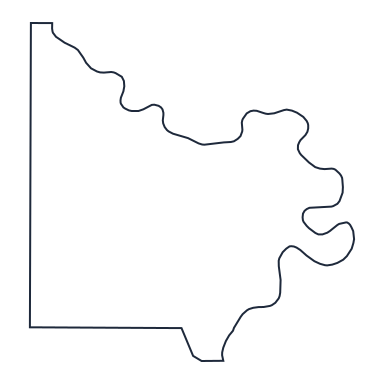 the district of Doniphan, Kansas, United States of America
{"feature_id": "52423323B86615005199408", "entity_name": "Doniphan", "entity_type": "district", "adm_level": 2, "iso_a3": "USA", "parent_name": "United States of America", "parent_adm1": "Kansas", "projection": "albers", "projection_center": [-95.019, 39.808], "detail": "fine", "context": "isolated", "style": "outline", "palette": "slate", "viewbox_px": 384, "rotation_deg": 0, "n_neighbors": 0, "source": "geoboundaries", "source_scale": "gbopen_adm2", "svg_char_len": 2238}
<svg xmlns="http://www.w3.org/2000/svg" viewBox="0 0 384 384"><path d="M263.7,113.1L256.7,110.8L253.6,110.6L250.4,111.2L246.7,113.4L242.9,118.8L242.3,120.2L241.8,122.7L242.4,129.7L242.2,131.5L240.5,136.1L237.7,138.9L233.9,141.3L230.9,142.0L223.9,142.4L204.4,144.7L202.1,144.5L198.6,143.4L188.0,138.1L173.0,133.7L168.6,131.4L167.0,130.1L164.7,127.1L163.2,123.4L162.8,120.4L163.4,115.1L163.4,112.8L162.5,109.4L161.0,107.4L158.6,105.8L154.3,104.7L151.8,104.9L143.4,109.3L138.5,111.0L131.7,111.0L128.9,110.4L125.2,108.6L123.4,107.4L120.9,103.7L120.6,102.6L120.5,100.4L120.9,97.7L123.4,91.3L124.3,86.3L123.9,81.0L121.8,76.8L115.6,73.1L113.7,72.4L111.2,72.0L103.9,72.6L100.1,72.4L97.0,71.5L91.0,68.3L86.1,62.8L83.3,57.7L77.9,50.0L74.6,47.6L64.6,42.7L56.0,36.8L52.9,32.7L52.5,31.3L52.1,28.6L52.2,23.1L30.9,23.0L29.9,327.3L181.5,328.1L193.1,355.9L201.6,361.0L223.3,360.8L222.1,355.2L222.2,352.3L223.3,347.6L225.9,341.0L229.2,335.3L233.0,330.7L234.0,327.8L240.7,316.8L242.7,314.1L247.0,310.3L249.0,309.1L253.2,307.8L258.4,307.1L263.7,307.0L270.0,305.9L271.8,305.2L275.3,302.8L278.7,298.4L279.6,296.1L280.2,292.7L280.6,280.0L278.8,266.2L278.7,260.8L279.3,258.3L282.7,252.2L286.2,248.7L289.5,246.4L291.2,246.2L293.9,246.5L296.6,247.6L300.3,250.0L306.5,255.5L314.4,261.2L320.0,263.8L325.0,265.2L327.2,265.4L332.3,264.6L337.4,262.9L343.2,259.7L346.9,256.1L351.7,248.7L353.4,243.0L354.0,239.5L354.1,239.3L353.2,231.1L351.5,227.4L350.1,224.9L348.8,223.5L347.2,222.5L346.1,222.4L339.2,223.9L337.5,224.9L331.0,230.1L330.9,230.2L330.8,230.3L330.7,230.4L330.0,230.9L329.9,231.0L327.3,232.7L322.5,234.4L318.4,234.4L315.4,233.0L309.0,228.2L306.7,225.9L303.6,221.9L302.9,220.2L302.6,217.3L303.0,213.6L304.6,210.8L306.7,209.1L309.4,207.8L331.4,206.6L333.2,206.1L337.4,203.8L339.5,201.1L342.6,192.7L342.9,187.1L342.4,180.7L342.4,180.4L342.1,177.9L341.0,175.5L339.4,173.4L335.4,169.7L333.7,168.9L331.6,168.6L324.5,169.1L319.9,168.6L315.2,167.1L309.0,162.5L301.3,155.1L299.8,153.2L297.9,149.2L298.0,145.2L299.2,142.3L300.5,140.1L305.4,135.1L307.4,131.8L308.2,128.4L308.2,125.1L307.8,123.3L306.7,121.0L303.3,116.9L297.0,112.7L291.9,110.6L286.7,109.6L283.9,110.1L274.2,113.3L268.0,114.0L265.8,113.7L263.7,113.1Z" fill="none" stroke="#1e293b" stroke-width="2"/></svg>